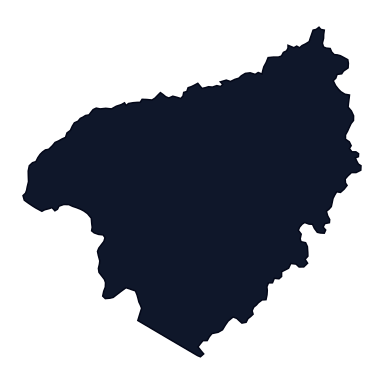 outline of Joselândia, Maranhão, Brazil
{"feature_id": "56859067B10532141445233", "entity_name": "Joselândia", "entity_type": "district", "adm_level": 2, "iso_a3": "BRA", "parent_name": "Brazil", "parent_adm1": "Maranhão", "projection": "albers", "projection_center": [-44.747, -5.02], "detail": "fine", "context": "isolated", "style": "filled", "palette": "ink", "viewbox_px": 384, "rotation_deg": 0, "n_neighbors": 0, "source": "geoboundaries", "source_scale": "gbopen_adm2", "svg_char_len": 3463}
<svg xmlns="http://www.w3.org/2000/svg" viewBox="0 0 384 384"><path d="M200.4,356.8L203.7,353.9L200.9,350.6L198.0,346.9L200.2,344.0L202.9,340.7L207.2,340.6L209.3,336.8L211.9,333.6L214.7,333.0L218.1,332.3L222.5,329.8L225.4,325.0L228.2,321.0L233.1,317.0L236.8,318.4L239.0,320.5L241.9,323.1L246.1,322.3L248.0,318.6L250.6,316.6L253.1,314.2L252.1,310.8L253.7,307.2L256.4,305.0L258.3,302.8L262.1,299.9L266.0,299.7L267.0,294.9L267.3,290.4L266.9,286.8L268.5,282.9L272.5,282.8L274.3,278.3L279.0,278.8L281.6,276.5L281.6,271.8L288.6,268.2L290.8,263.5L296.0,264.1L299.1,267.0L303.8,266.9L307.6,263.2L305.1,259.3L307.9,256.2L307.8,252.5L307.4,246.6L305.6,242.7L301.0,241.7L300.2,238.8L301.2,234.1L298.3,230.3L299.6,227.1L302.2,224.1L304.7,222.5L309.0,224.1L312.5,224.3L314.4,228.4L317.3,232.3L320.4,233.0L324.3,233.2L325.7,230.0L323.1,227.1L324.9,223.6L329.4,222.7L329.7,219.6L327.7,215.9L326.4,211.3L329.0,209.2L331.3,206.6L332.2,202.5L333.0,198.5L334.7,195.1L336.7,191.8L340.5,192.4L344.1,189.2L347.1,185.4L345.5,183.0L345.2,179.0L347.9,175.9L351.4,172.6L356.0,172.6L360.8,170.2L361.0,165.7L358.4,164.1L356.7,161.0L355.3,157.9L358.4,156.7L358.6,153.7L355.9,151.8L351.9,151.8L349.4,148.5L351.2,145.7L349.3,141.8L345.5,139.2L345.5,134.9L347.6,131.1L349.2,127.5L351.1,123.5L353.5,120.5L353.6,115.8L351.4,111.0L348.1,107.1L348.5,103.2L349.1,98.4L349.5,95.0L344.9,94.2L340.9,91.7L338.5,89.3L335.6,85.6L333.2,80.7L335.8,78.2L337.1,74.4L341.7,73.8L343.4,71.2L348.1,67.9L348.4,63.3L347.8,59.7L343.8,57.5L340.4,55.7L337.4,54.9L334.2,54.6L331.7,52.0L330.2,48.5L326.2,48.1L323.5,46.9L322.4,43.2L323.6,38.3L323.7,34.5L324.3,30.1L320.8,29.4L319.0,27.2L316.2,29.4L313.1,30.1L311.4,35.0L310.1,38.7L309.2,41.6L305.5,43.9L302.0,45.6L299.6,47.8L296.7,46.1L293.9,47.7L288.0,45.3L288.0,48.2L286.5,50.9L283.4,52.4L281.5,56.0L278.4,57.1L273.2,57.1L268.1,57.6L266.2,62.4L263.8,66.8L262.8,70.4L262.0,74.0L258.2,72.5L255.2,74.4L250.2,72.8L245.3,73.4L241.3,75.8L238.8,78.2L235.0,79.3L230.5,81.5L226.3,80.1L220.3,81.9L222.8,84.4L220.6,86.5L216.8,85.6L212.4,87.1L208.5,86.7L205.3,87.7L202.0,88.4L200.1,86.1L197.8,83.3L193.9,85.4L191.2,86.7L188.1,87.7L186.8,91.5L183.7,92.4L183.0,96.0L180.8,98.5L177.0,97.3L172.8,96.2L168.8,98.0L165.7,96.7L162.9,94.4L160.4,92.6L157.8,95.2L155.0,98.1L152.0,100.0L146.9,99.5L142.1,99.3L140.2,102.3L136.7,102.4L133.1,102.7L128.5,103.5L126.1,105.5L124.5,102.8L121.3,104.6L116.3,106.2L111.5,108.9L105.8,108.3L100.2,108.9L96.2,108.1L93.1,109.6L91.1,112.1L89.0,114.9L85.5,115.5L83.0,117.1L80.3,118.4L78.0,121.2L74.4,122.8L72.3,126.2L70.4,130.4L67.0,132.9L65.5,137.4L62.1,138.9L58.6,140.9L55.1,142.4L52.4,145.7L48.7,149.3L45.4,149.9L42.5,152.0L40.1,154.4L37.9,157.6L35.9,161.6L32.5,162.7L29.3,165.7L28.2,171.0L28.3,175.8L28.5,181.7L27.2,187.0L26.6,190.3L25.5,193.2L23.0,195.6L24.3,200.2L28.3,203.1L32.9,206.2L35.8,208.0L41.9,211.3L44.6,209.8L49.2,208.6L52.0,207.6L54.9,210.8L57.5,209.2L58.9,206.2L63.7,204.5L68.9,204.6L72.5,206.3L76.7,207.7L80.7,209.3L83.9,211.0L87.5,213.6L91.3,218.2L91.7,223.5L92.2,227.3L91.6,230.8L94.2,232.9L98.5,234.4L103.1,234.9L105.0,237.7L103.9,241.4L101.6,244.4L98.8,248.1L97.5,251.4L98.3,255.3L99.8,260.9L99.4,264.2L98.4,268.4L99.0,272.4L102.1,276.4L104.4,279.4L105.5,282.6L105.3,287.1L103.7,291.3L102.7,296.1L105.3,298.6L109.9,298.2L113.2,297.4L120.7,291.6L126.0,287.7L135.4,290.9L137.0,294.8L137.9,298.0L138.9,302.0L140.2,304.7L141.6,308.2L137.8,320.5L168.5,338.6L197.5,355.6L200.4,356.8Z" fill="#0f172a" stroke="#020617" stroke-width="1.5"/></svg>